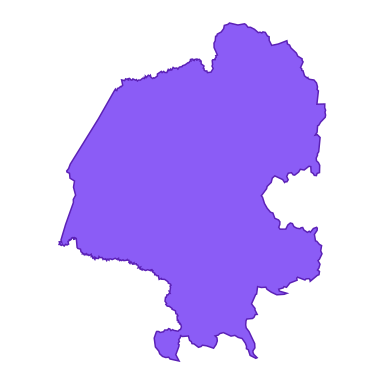 Chon Daen, Phetchabun, Thailand (orthographic projection)
{"feature_id": "78962969B86434442004691", "entity_name": "Chon Daen", "entity_type": "district", "adm_level": 2, "iso_a3": "THA", "parent_name": "Thailand", "parent_adm1": "Phetchabun", "projection": "orthographic", "projection_center": [100.793, 16.112], "detail": "fine", "context": "isolated", "style": "filled", "palette": "violet", "viewbox_px": 384, "rotation_deg": 0, "n_neighbors": 0, "source": "geoboundaries", "source_scale": "gbopen_adm2", "svg_char_len": 5924}
<svg xmlns="http://www.w3.org/2000/svg" viewBox="0 0 384 384"><path d="M257.1,357.7L253.8,354.4L252.9,352.2L253.0,350.7L254.9,347.9L254.7,343.6L249.0,331.6L246.2,327.9L245.7,325.0L246.0,320.7L246.9,319.0L252.5,318.5L254.0,317.3L255.3,314.5L257.2,314.4L255.0,310.0L255.0,308.4L251.5,303.9L255.7,294.4L256.6,294.1L257.6,286.6L261.2,287.5L265.9,287.2L267.0,289.3L271.3,292.2L276.8,294.8L284.1,294.3L286.9,293.3L279.4,291.1L278.7,289.2L283.2,287.9L284.0,286.6L286.5,287.3L289.9,283.0L297.1,280.2L296.7,278.2L297.5,277.2L305.0,280.0L306.2,278.8L309.1,278.7L309.9,279.5L310.2,281.3L317.3,275.4L319.0,274.7L319.5,271.4L317.5,270.0L318.9,268.1L320.0,264.2L318.0,260.6L319.5,259.1L322.0,253.8L320.7,250.9L321.6,245.6L319.4,244.4L316.8,241.3L315.5,240.9L314.4,234.4L317.1,230.4L317.3,228.2L316.6,227.3L313.4,228.5L310.4,232.2L309.2,231.2L307.4,232.4L303.9,230.0L302.7,227.5L301.1,227.7L300.0,228.7L296.8,228.2L293.9,226.6L292.4,223.6L290.3,223.0L287.9,224.9L285.8,229.1L280.1,229.2L278.7,227.3L279.8,224.6L279.9,221.8L278.5,219.9L274.8,218.3L272.9,213.0L270.5,212.2L267.2,208.3L264.5,203.6L262.5,197.2L261.3,195.8L266.6,188.7L267.1,186.4L271.2,182.4L272.3,178.1L274.8,175.9L282.7,179.6L284.6,182.5L285.4,181.8L286.9,181.8L288.2,179.8L286.7,176.4L288.3,173.2L291.5,172.7L293.2,174.9L294.7,175.1L298.6,172.1L300.3,169.3L304.2,170.0L308.9,166.3L310.8,166.6L311.1,172.0L313.3,173.6L314.3,175.4L316.4,175.6L317.1,173.4L319.5,172.6L319.7,165.3L318.4,162.6L316.5,160.8L316.2,158.1L317.5,155.3L317.4,153.8L318.7,151.8L320.1,137.5L317.3,134.6L315.2,135.1L317.1,132.2L317.6,125.8L318.7,125.3L320.7,122.0L325.2,117.3L325.6,115.1L325.0,112.1L325.6,110.2L324.7,107.8L324.8,104.0L316.9,104.2L318.4,90.9L317.1,89.5L317.5,86.9L316.5,83.0L314.0,80.0L309.5,79.3L308.0,78.4L307.9,77.5L306.9,77.8L304.5,75.8L303.0,70.7L301.8,70.4L301.7,68.7L300.5,67.6L303.1,61.9L302.1,60.3L302.1,58.8L297.7,56.1L296.4,53.1L290.9,47.9L289.6,45.1L287.4,43.9L286.9,40.7L278.3,44.0L271.7,45.4L269.2,40.4L269.1,36.7L267.4,36.0L265.3,32.4L262.9,31.9L261.9,32.9L260.0,32.2L258.2,32.6L254.5,29.3L250.6,27.3L248.0,27.3L245.8,24.5L244.5,23.8L237.9,25.0L229.5,23.0L227.8,24.4L224.3,25.4L223.7,28.6L221.2,32.0L217.3,34.1L216.7,36.0L215.6,36.3L215.2,40.8L214.0,43.1L214.1,47.6L217.4,55.0L215.7,55.7L216.2,57.1L215.0,58.6L215.2,59.6L212.7,59.8L212.2,60.6L212.6,64.5L212.0,66.1L213.2,68.5L210.9,72.2L207.4,72.6L206.8,70.9L205.5,71.1L204.2,70.2L204.0,68.6L203.3,68.2L204.0,66.0L201.2,63.8L201.1,61.2L200.2,61.2L200.4,60.4L199.2,59.3L196.9,60.0L197.0,59.1L196.2,59.1L194.4,59.6L194.2,60.5L193.1,60.2L192.7,59.1L191.4,59.2L190.5,59.5L191.0,60.9L190.2,60.9L188.7,62.8L188.0,62.7L185.0,64.9L182.5,65.7L182.1,66.6L179.4,67.1L177.9,69.1L176.9,68.0L174.4,68.3L173.1,67.4L171.8,69.9L170.9,70.1L170.6,69.0L168.9,70.5L168.2,69.5L166.8,72.6L164.6,72.4L163.7,71.4L162.1,72.6L161.3,71.4L157.4,74.0L157.4,76.0L154.5,78.1L153.6,77.8L152.8,78.5L151.0,77.4L150.4,75.3L149.9,76.0L148.3,75.2L146.6,77.3L145.5,76.2L145.6,77.6L144.3,77.3L144.3,78.5L142.7,78.2L140.3,80.2L138.7,80.0L137.4,81.0L136.4,79.6L135.6,80.2L132.9,78.9L132.5,79.8L131.2,80.1L129.5,78.4L128.1,78.7L128.4,79.9L125.7,78.8L124.6,80.6L121.6,79.9L122.7,85.2L121.1,86.8L120.6,86.5L118.8,88.1L117.5,88.4L116.8,90.6L115.9,90.4L115.4,89.2L114.4,90.7L98.4,118.8L70.3,164.1L68.6,168.6L66.7,171.0L67.0,172.1L69.5,173.3L70.0,178.2L74.5,181.0L73.5,187.2L75.6,195.2L73.3,199.4L73.4,202.6L65.6,224.5L61.0,239.9L61.6,242.2L60.8,241.5L59.2,241.9L60.0,243.6L58.4,244.6L59.6,244.3L61.3,245.4L62.3,244.6L64.2,246.0L65.7,244.3L67.0,245.0L68.6,244.1L68.0,241.4L70.2,240.1L69.7,239.6L71.2,239.3L71.5,238.1L72.6,237.6L72.9,238.1L73.7,237.7L73.7,239.3L74.3,239.2L74.6,237.7L75.2,237.8L75.7,238.8L76.3,238.6L77.1,247.4L77.8,248.4L80.5,249.2L81.0,251.8L82.4,252.7L82.3,253.9L83.4,253.7L83.9,254.5L84.7,254.1L85.0,254.9L86.3,253.7L87.1,255.0L87.8,254.4L88.9,255.5L91.2,254.3L91.2,256.6L92.2,256.2L92.8,258.1L94.0,257.3L93.9,258.3L94.9,259.5L95.6,257.6L96.5,258.4L98.4,258.5L99.0,256.6L99.7,257.6L102.0,257.5L103.0,259.4L103.5,258.7L104.9,259.4L105.6,258.9L106.7,260.6L107.3,259.2L108.9,260.1L108.8,259.2L110.8,258.9L112.1,259.6L115.2,258.3L116.9,259.3L118.4,258.4L118.3,259.7L119.0,259.4L119.8,260.6L120.5,259.9L121.7,260.6L123.0,259.8L123.8,260.6L126.4,260.3L127.2,259.6L127.4,260.2L128.8,260.2L129.3,261.4L128.8,262.2L130.0,263.5L130.9,261.8L132.2,263.7L133.7,263.0L133.2,264.1L136.3,263.8L136.5,264.8L137.8,265.1L138.5,266.9L138.1,267.8L140.0,267.2L139.4,267.9L140.4,268.2L140.0,268.9L142.1,270.0L142.3,269.1L145.6,270.5L147.7,269.7L150.7,270.7L150.9,269.8L151.9,269.6L152.4,270.3L151.7,270.6L152.9,270.9L152.6,271.7L153.1,272.4L154.7,273.2L154.7,274.7L155.6,274.5L156.5,275.6L158.3,275.8L159.1,279.4L161.3,278.5L161.5,279.2L164.7,279.4L167.9,281.7L168.3,283.1L170.6,284.2L171.0,285.4L170.0,286.1L170.5,287.4L169.9,291.5L169.2,291.3L170.1,293.3L169.4,293.2L167.9,294.9L167.0,294.8L166.3,297.2L165.5,297.3L165.0,301.2L166.6,303.5L165.8,304.4L167.2,306.1L169.4,306.4L172.1,308.5L172.0,309.2L175.4,310.8L175.9,313.7L177.2,314.2L177.9,315.8L177.1,316.1L177.3,320.3L178.2,320.2L178.7,321.6L178.2,322.0L180.2,323.4L179.7,323.9L181.0,324.9L181.4,327.0L180.5,329.5L179.5,329.7L178.0,331.2L173.5,330.3L172.7,329.6L170.9,330.6L169.9,329.0L168.6,328.6L167.5,330.0L164.7,330.0L163.6,331.7L160.1,332.5L158.8,331.5L156.8,331.4L156.3,332.0L154.2,338.1L155.4,347.0L158.8,351.1L159.7,353.8L162.5,356.4L165.7,357.5L168.7,357.2L170.0,359.0L179.1,361.0L175.8,354.7L178.8,346.6L179.1,344.7L178.4,344.3L178.4,342.7L179.4,341.7L178.7,339.7L180.4,337.4L180.6,334.9L181.0,336.0L182.5,336.5L188.4,336.0L189.6,340.4L191.3,341.6L192.0,343.6L194.0,343.9L198.5,347.3L201.1,346.5L202.4,345.2L206.5,345.8L213.6,348.2L216.1,344.5L217.3,340.9L217.0,337.8L215.1,335.9L218.1,335.2L219.8,333.6L223.4,332.6L231.0,336.1L234.9,335.4L238.1,337.4L242.1,338.5L245.3,343.1L246.5,346.2L246.4,348.7L248.3,349.7L250.1,355.4L255.8,358.3L257.1,357.7Z" fill="#8b5cf6" stroke="#5b21b6" stroke-width="1.5"/></svg>